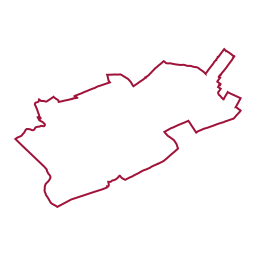 Vaculesti, Botosani, Romania (orthographic projection)
{"feature_id": "2599482B19671862910111", "entity_name": "Vaculesti", "entity_type": "district", "adm_level": 2, "iso_a3": "ROU", "parent_name": "Romania", "parent_adm1": "Botosani", "projection": "orthographic", "projection_center": [26.426, 47.889], "detail": "fine", "context": "isolated", "style": "outline", "palette": "rose", "viewbox_px": 256, "rotation_deg": 0, "n_neighbors": 0, "source": "geoboundaries", "source_scale": "gbopen_adm2", "svg_char_len": 5527}
<svg xmlns="http://www.w3.org/2000/svg" viewBox="0 0 256 256"><path d="M240.6,110.5L239.8,109.9L239.4,109.7L239.0,109.4L238.3,108.9L237.8,108.4L236.2,107.3L235.9,107.2L235.7,107.2L239.1,101.0L240.6,98.2L239.5,97.7L233.9,95.1L231.6,94.1L228.3,92.5L227.9,92.3L227.7,92.1L226.5,94.2L224.7,97.2L223.8,98.9L223.7,99.3L223.4,99.4L223.2,99.3L222.7,98.5L221.8,97.9L221.2,97.1L220.3,96.0L219.7,95.4L219.4,95.2L218.9,94.8L218.4,93.7L218.1,92.7L218.2,92.3L218.3,92.0L218.6,91.7L220.7,88.8L219.2,87.8L218.1,87.1L219.2,84.8L220.0,85.2L220.5,84.2L220.1,84.0L220.1,83.8L220.1,83.7L219.0,82.9L218.1,82.3L217.3,81.7L217.6,81.0L220.1,77.8L219.9,77.7L219.7,77.6L219.3,77.5L218.9,77.3L218.8,77.2L218.7,76.8L220.2,74.9L220.5,75.2L221.1,74.4L221.5,73.6L222.1,72.7L223.3,71.4L226.1,67.9L227.3,66.2L229.3,63.4L232.0,59.9L232.4,59.3L233.2,57.4L233.4,57.6L234.3,56.3L233.9,55.9L233.6,55.8L232.6,55.4L232.3,55.2L231.7,54.6L231.6,54.4L231.2,54.2L229.3,52.8L226.0,50.7L225.8,50.9L225.6,50.6L225.0,50.0L224.7,49.6L224.2,49.1L219.7,55.1L218.5,56.8L218.2,57.1L217.8,57.0L217.8,57.4L217.5,57.9L216.7,58.8L216.6,59.1L216.5,59.4L216.2,59.9L216.2,60.1L215.8,60.1L215.4,60.7L215.0,61.1L213.9,62.3L213.7,62.9L212.4,64.8L212.0,65.2L211.7,65.4L211.5,65.9L210.1,67.6L209.7,68.2L208.7,69.4L206.6,72.4L205.6,73.6L205.6,73.8L204.0,72.2L202.8,71.2L200.6,69.7L199.7,69.1L199.0,68.5L198.5,68.1L197.9,67.7L196.4,67.2L195.5,67.1L194.8,67.0L193.2,66.7L192.1,66.4L191.4,66.1L190.9,66.0L190.2,65.9L188.4,65.9L187.1,65.8L186.1,65.5L184.3,64.9L183.7,64.8L182.9,64.8L181.0,65.0L179.0,64.8L175.8,64.4L172.0,63.7L170.5,63.3L169.1,63.3L168.1,63.4L166.9,63.3L166.1,63.1L165.7,62.8L164.6,61.7L163.6,61.2L163.5,61.3L161.2,63.4L158.3,65.7L156.9,67.0L155.8,67.9L155.5,68.0L149.2,74.6L148.7,75.2L146.2,77.0L146.1,77.5L145.3,77.4L145.2,77.9L143.1,79.6L140.0,81.6L136.2,84.4L134.6,85.4L133.4,86.2L132.7,85.3L132.3,84.7L132.1,84.3L132.1,84.2L130.7,81.9L130.3,81.5L128.6,79.5L128.5,79.3L126.7,78.1L124.7,76.9L121.1,74.7L120.5,74.4L119.1,74.5L116.7,74.6L115.7,74.5L107.2,74.8L107.3,75.0L107.7,76.6L108.6,80.8L109.9,82.4L99.8,85.8L97.5,86.5L94.3,88.2L93.7,88.3L92.7,88.6L87.2,90.9L85.2,91.7L83.7,92.3L82.1,93.1L78.9,94.3L75.3,95.7L74.6,96.1L75.3,96.7L75.7,96.9L76.4,97.2L77.3,97.7L77.3,97.8L75.4,98.2L74.4,98.2L73.3,98.4L72.4,98.6L72.4,98.9L72.0,99.0L70.8,99.2L68.1,99.9L66.5,100.2L64.5,100.6L60.9,101.5L59.7,101.7L58.7,101.9L58.6,101.4L58.4,100.7L58.3,100.4L58.1,100.2L57.8,99.9L55.8,98.7L54.0,97.4L53.6,96.8L50.7,98.8L47.2,101.1L46.8,101.3L46.5,101.5L46.3,101.5L45.3,101.5L44.2,101.1L43.7,101.0L41.8,101.0L41.3,101.0L41.0,100.9L40.7,100.8L40.3,100.5L39.5,99.6L39.3,99.5L39.1,99.4L38.9,99.4L38.9,99.6L38.9,99.9L39.0,100.3L39.0,100.7L38.7,101.2L38.5,101.5L38.1,101.9L37.5,102.2L36.0,102.5L35.6,102.7L35.1,103.2L35.0,103.5L34.9,104.1L34.9,104.7L35.0,105.0L35.8,106.3L36.0,106.9L37.5,110.5L37.6,110.9L37.9,112.1L38.5,113.6L38.9,114.4L39.0,114.9L39.1,115.1L39.1,115.9L39.2,116.3L39.7,117.0L40.2,117.5L40.4,117.7L40.5,117.9L40.6,118.1L40.5,118.3L40.5,118.5L40.3,118.6L40.2,118.7L39.9,118.8L39.7,118.8L39.5,118.7L39.3,118.5L38.1,117.2L37.9,117.2L37.7,117.2L37.7,117.5L37.9,117.8L38.3,118.2L38.4,118.3L38.9,119.6L39.3,120.1L39.5,120.4L40.7,121.1L42.4,121.9L42.7,122.1L44.3,123.7L44.6,123.9L44.7,124.2L44.8,124.4L44.9,124.6L44.9,125.0L44.7,125.4L44.6,125.6L44.3,126.0L43.9,126.2L43.5,126.2L43.1,126.2L41.5,125.8L41.0,125.9L40.4,126.2L39.5,126.6L38.1,126.7L37.1,126.9L36.1,127.2L35.8,127.3L35.5,127.6L35.3,127.8L34.9,128.4L34.4,129.4L33.8,129.9L33.6,130.0L32.9,130.2L32.6,130.2L32.1,130.2L30.3,129.4L29.7,129.2L27.7,129.0L26.9,129.0L26.6,129.1L26.1,129.5L25.8,129.7L25.6,130.0L24.8,131.5L24.1,132.6L23.9,133.0L23.6,133.3L23.1,133.7L22.8,134.0L22.1,135.0L21.6,135.6L21.1,136.0L19.3,136.8L17.3,137.6L17.0,137.8L15.4,139.0L23.3,146.7L44.2,166.6L46.7,169.5L46.9,170.7L47.2,171.5L47.6,172.1L47.9,172.9L48.4,173.7L49.4,174.8L50.2,176.1L50.5,177.1L50.1,178.5L48.9,180.6L47.2,182.4L45.8,183.8L45.2,185.1L44.7,187.2L44.8,188.6L44.5,190.0L44.8,191.9L45.6,193.6L46.0,195.1L47.0,196.4L48.1,198.1L50.5,202.4L51.2,203.2L52.8,204.2L53.4,204.6L54.6,205.1L55.7,205.8L57.0,206.5L57.3,206.9L71.2,199.5L94.2,191.9L101.8,189.5L106.8,187.6L106.9,186.4L108.4,186.4L108.8,184.8L108.6,183.4L108.3,181.9L109.3,181.9L110.9,181.7L111.3,181.3L112.1,180.6L112.5,180.4L113.9,180.2L115.1,179.6L115.6,179.5L115.9,179.3L116.4,178.9L118.0,177.5L118.5,177.0L119.0,176.3L119.1,176.1L119.4,176.1L119.7,175.7L119.8,175.7L121.3,177.4L122.1,178.2L122.7,178.6L124.2,179.3L125.3,179.8L127.5,178.6L129.4,177.6L130.9,177.0L132.9,176.1L133.7,175.5L135.8,174.5L136.8,173.9L137.4,173.7L138.7,173.0L142.1,171.0L142.9,170.7L144.1,170.1L144.6,169.9L145.4,169.7L146.1,169.5L147.9,168.6L149.4,168.1L149.9,167.8L151.1,166.9L151.6,166.7L152.1,166.4L154.0,165.5L155.9,164.7L156.8,164.3L157.4,163.8L157.8,163.9L158.5,163.6L158.9,163.4L159.4,163.1L162.0,161.9L163.7,160.9L166.7,158.5L169.7,155.8L172.1,153.7L174.4,151.8L175.6,150.7L178.0,148.6L176.9,145.2L176.6,144.2L174.1,140.4L173.5,139.8L169.3,136.8L167.8,135.8L164.9,132.6L164.4,131.9L170.8,128.3L173.0,127.5L177.9,125.2L185.0,122.3L188.4,120.8L188.6,121.2L190.0,123.1L191.3,125.2L194.7,130.3L196.2,132.6L198.0,131.3L199.0,130.8L199.5,130.7L204.0,128.7L204.5,128.5L204.9,128.5L205.5,128.3L206.8,127.9L207.9,127.6L210.0,126.8L212.4,126.0L213.2,125.7L217.6,124.0L221.3,122.8L223.3,122.3L225.5,121.3L226.9,120.9L229.9,119.8L231.8,119.2L232.0,119.1L232.3,119.0L233.2,118.8L233.9,118.3L235.6,116.4L236.5,115.2L236.9,114.9L239.2,112.4L240.2,111.3L240.6,110.5Z" fill="none" stroke="#9f1239" stroke-width="2"/></svg>